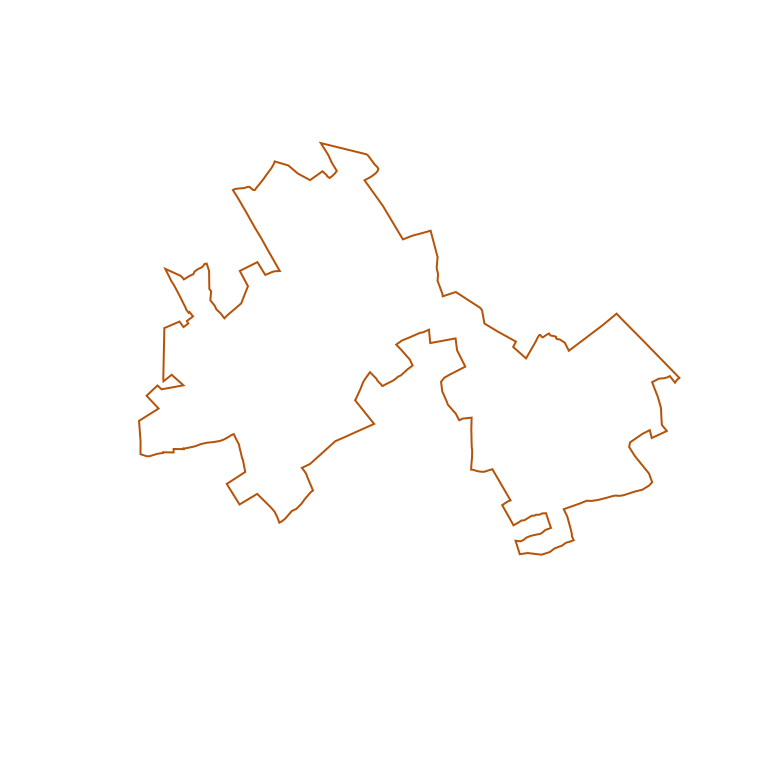 outline of Dzán, Yucatán, Mexico, rotated 51°
{"feature_id": "50627088B52213754253598", "entity_name": "Dzán", "entity_type": "district", "adm_level": 2, "iso_a3": "MEX", "parent_name": "Mexico", "parent_adm1": "Yucatán", "projection": "albers", "projection_center": [-89.447, 20.397], "detail": "fine", "context": "isolated", "style": "outline", "palette": "amber", "viewbox_px": 768, "rotation_deg": 51, "n_neighbors": 0, "source": "geoboundaries", "source_scale": "gbopen_adm2", "svg_char_len": 4869}
<svg xmlns="http://www.w3.org/2000/svg" viewBox="0 0 768 768"><g transform="rotate(51 384 384)"><path d="M598.5,193.8L590.6,193.8L585.0,189.8L577.1,183.9L566.6,179.4L551.3,174.5L552.8,167.1L556.1,162.2L557.1,159.7L557.7,156.9L566.1,157.0L565.1,153.6L565.2,150.6L512.8,155.4L484.2,158.3L475.7,159.0L475.9,177.4L474.5,219.4L465.6,217.5L459.7,219.5L458.1,221.3L456.5,221.3L455.6,220.6L454.2,221.4L451.0,224.1L448.6,224.0L447.9,228.1L447.8,231.1L447.2,231.6L445.8,231.7L444.3,231.7L443.8,232.3L443.9,233.4L444.8,235.7L446.1,238.6L446.4,239.1L453.5,257.5L436.5,260.3L434.1,254.8L414.3,262.8L400.2,267.9L388.4,261.4L385.4,261.3L357.7,270.3L352.8,283.2L350.8,281.9L337.4,277.4L333.2,273.3L330.5,271.7L328.8,271.1L326.7,269.8L319.1,262.5L294.2,251.3L290.0,261.1L286.6,268.6L283.5,278.3L244.9,272.8L218.2,271.2L213.4,270.9L214.4,266.1L214.9,262.2L215.0,258.0L214.5,255.0L213.0,252.9L210.9,252.7L207.2,253.1L196.6,252.6L195.4,252.7L194.1,253.4L193.8,253.6L179.8,264.2L157.0,281.5L171.1,283.2L179.2,285.3L188.7,286.6L189.4,289.3L189.8,293.4L189.7,296.6L187.0,297.4L185.5,297.1L183.6,297.4L180.0,297.9L179.0,313.2L165.9,318.6L154.0,320.8L142.2,328.9L143.4,330.6L145.5,336.0L146.9,341.5L147.7,344.7L148.7,348.0L150.1,354.2L150.8,357.5L151.2,359.6L151.8,361.6L151.9,362.5L151.4,363.0L150.9,363.3L150.8,363.6L149.9,363.8L149.0,364.0L147.4,364.3L146.3,364.4L145.8,364.9L145.1,365.7L144.5,367.3L143.5,369.8L142.1,371.7L140.9,373.5L138.6,377.1L138.2,379.4L147.1,380.4L163.1,382.9L181.5,386.0L194.4,387.8L205.1,389.7L216.0,391.5L230.6,393.9L228.9,396.2L227.7,397.9L227.1,399.0L226.7,400.1L226.3,401.2L226.1,402.2L224.5,407.6L220.3,407.1L212.8,406.1L209.6,405.7L205.4,424.9L222.4,428.2L228.8,439.6L231.5,444.3L232.0,462.6L232.5,466.7L226.1,466.5L220.6,467.3L216.5,466.3L209.7,466.3L203.1,460.0L200.2,459.9L194.2,455.2L186.1,448.8L178.8,446.0L177.8,448.0L178.2,449.3L178.7,451.3L178.4,453.1L177.6,456.3L177.4,460.6L178.7,463.1L177.6,467.1L176.8,473.7L174.3,473.7L172.2,473.9L171.1,474.4L156.9,481.5L159.7,482.2L160.9,482.4L166.0,483.5L170.1,484.5L174.2,484.9L179.1,485.8L184.2,486.8L189.1,487.8L194.4,489.0L197.1,489.6L199.9,490.2L200.8,490.6L201.6,490.8L205.8,491.0L205.8,489.8L211.3,489.9L211.0,497.6L213.8,498.0L213.6,504.0L206.8,503.6L202.3,519.5L241.1,552.3L241.6,552.6L243.1,553.6L243.1,553.4L243.2,549.0L243.2,548.9L243.2,548.7L243.2,543.2L246.2,542.7L246.3,542.7L258.8,540.7L249.2,558.3L248.1,560.2L242.6,561.0L243.7,575.9L261.2,574.6L258.5,597.6L275.4,609.3L285.3,617.4L285.6,617.2L285.8,617.1L291.1,613.7L292.7,611.4L293.8,608.6L295.6,604.1L298.2,599.6L298.5,599.3L297.9,598.8L304.8,590.6L302.1,588.4L308.6,580.6L307.9,580.3L308.9,579.1L313.4,570.3L315.5,564.0L318.3,558.4L322.1,552.6L325.0,547.3L326.3,543.6L327.3,538.4L327.5,535.6L328.1,533.3L328.3,532.3L329.4,532.5L331.3,532.9L332.3,533.3L340.2,534.9L341.5,535.8L347.1,538.4L352.0,540.8L354.4,541.5L365.0,547.2L362.7,569.1L386.7,572.1L389.6,551.7L408.4,549.6L414.5,549.4L420.6,550.8L425.9,552.6L426.4,550.1L426.5,545.8L424.7,535.6L425.9,530.6L425.2,524.0L424.1,519.7L423.7,518.6L421.9,508.6L422.1,506.2L415.5,504.3L408.8,502.4L405.1,501.1L402.1,500.7L397.5,500.6L399.6,491.8L398.4,469.0L397.8,458.1L398.0,457.1L400.8,447.0L404.0,434.7L408.8,416.8L378.4,416.7L378.2,415.9L373.1,405.5L370.0,400.1L368.6,396.9L366.9,390.8L366.0,387.5L374.9,386.6L376.6,386.9L378.6,387.0L379.7,386.9L381.6,386.6L383.3,386.5L384.0,386.8L384.4,386.5L384.9,385.7L384.9,384.9L385.2,383.4L385.7,381.0L387.0,375.3L387.2,372.5L387.2,368.4L387.9,365.4L387.8,362.9L387.4,356.6L387.7,350.2L381.0,348.5L378.2,348.7L376.1,348.8L368.3,349.1L361.1,349.7L361.5,342.7L364.0,334.4L364.2,333.7L366.9,323.8L368.3,321.5L370.1,314.9L381.3,322.3L393.6,299.7L403.8,306.0L421.7,309.9L418.3,325.9L418.2,326.2L417.1,333.1L418.2,338.3L426.5,343.4L437.2,346.3L440.3,347.4L452.4,346.9L459.5,348.4L460.5,344.5L465.3,337.1L474.7,345.1L478.0,347.6L485.3,353.3L488.4,355.6L490.8,357.1L491.3,357.4L496.8,362.1L498.4,363.7L501.4,366.6L505.4,370.2L506.5,369.0L511.1,365.8L513.0,364.0L515.1,361.7L518.4,353.4L554.1,358.9L553.2,361.6L552.5,368.4L563.4,370.2L575.3,372.3L576.2,367.1L576.6,363.0L577.9,361.3L578.4,359.8L578.5,358.8L579.3,352.2L580.9,350.1L581.3,348.1L582.2,347.0L583.2,345.9L584.2,342.4L586.4,339.4L592.7,341.8L600.9,344.8L599.0,350.5L599.1,353.9L598.9,356.8L597.5,359.3L597.0,360.2L594.3,365.7L593.0,370.0L593.0,373.8L592.2,376.9L588.6,380.4L601.7,385.6L605.8,378.7L615.8,369.0L618.9,361.0L619.1,355.1L620.6,350.3L621.6,347.8L621.9,342.4L623.3,339.3L624.8,334.9L622.7,334.3L620.6,333.8L618.6,332.3L614.0,330.1L612.6,329.5L602.4,325.0L594.4,323.1L599.9,307.6L602.3,299.9L605.4,296.4L608.9,290.5L613.1,281.3L615.1,276.6L616.7,273.8L617.6,273.2L619.7,270.5L621.2,267.8L625.4,256.9L628.7,249.8L629.8,241.9L629.1,237.4L620.3,234.4L597.9,234.4L587.2,233.1L584.2,229.5L585.4,214.5L587.1,206.5L594.5,209.9L598.5,193.8Z" fill="none" stroke="#b45309" stroke-width="2"/></g></svg>